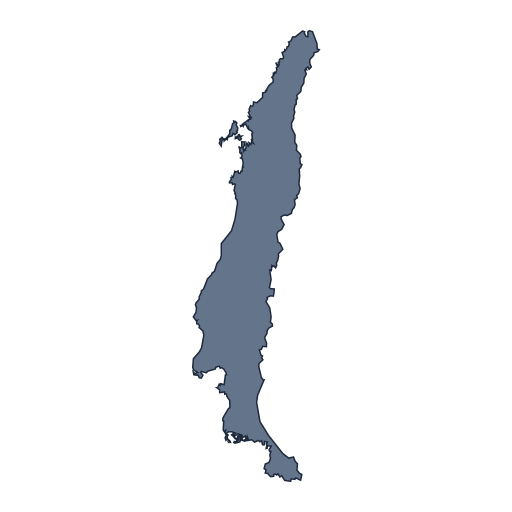 Halmahera Barat, Maluku Utara, Indonesia
{"feature_id": "22746128B52341022582766", "entity_name": "Halmahera Barat", "entity_type": "district", "adm_level": 2, "iso_a3": "IDN", "parent_name": "Indonesia", "parent_adm1": "Maluku Utara", "projection": "natural_earth1", "projection_center": [127.539, 1.359], "detail": "fine", "context": "isolated", "style": "filled", "palette": "slate", "viewbox_px": 512, "rotation_deg": 0, "n_neighbors": 0, "source": "geoboundaries", "source_scale": "gbopen_adm2", "svg_char_len": 6061}
<svg xmlns="http://www.w3.org/2000/svg" viewBox="0 0 512 512"><path d="M293.5,457.0L288.7,458.1L282.7,453.4L268.7,435.7L260.0,421.7L256.6,402.5L257.6,395.2L264.1,379.8L263.0,379.8L261.3,377.3L258.8,366.6L258.9,363.5L262.9,359.8L261.6,357.8L262.5,356.0L260.9,355.1L259.4,349.7L261.3,349.4L262.8,346.3L266.4,346.7L266.6,343.3L264.6,337.7L266.9,333.5L267.3,330.3L269.1,327.8L272.5,326.1L272.3,324.0L270.4,322.0L271.1,317.0L269.8,308.1L265.9,301.3L267.5,299.1L267.1,297.5L270.1,295.9L273.4,296.1L274.2,290.8L274.2,288.9L270.7,288.8L269.4,287.6L271.1,279.6L269.7,270.0L271.3,270.6L271.9,265.5L273.0,266.5L273.9,265.8L275.6,267.8L276.7,265.3L276.3,262.6L277.5,261.0L278.6,256.1L278.3,253.9L282.8,249.3L280.0,243.3L278.0,242.0L276.8,234.4L278.0,231.6L281.7,229.4L284.1,224.6L281.2,219.2L281.0,216.8L284.3,215.0L287.2,215.5L291.4,213.4L292.4,209.4L294.1,207.6L295.1,204.7L294.5,199.5L297.3,197.9L296.7,195.5L298.6,193.7L300.1,188.6L298.9,183.9L299.7,176.0L299.2,168.8L300.6,167.7L301.9,164.5L300.3,163.7L299.8,158.1L301.0,156.6L300.4,154.4L296.4,150.2L296.8,145.3L294.7,142.2L295.1,135.1L291.7,128.1L291.5,123.1L293.9,118.4L293.5,116.3L294.8,112.1L294.0,109.3L295.1,105.0L296.2,104.3L296.2,99.6L297.5,98.8L296.7,95.4L300.8,91.5L301.3,87.3L303.8,83.0L304.1,78.2L306.3,74.0L304.8,70.0L306.7,69.8L305.8,68.5L308.0,67.0L309.1,69.3L311.3,67.0L309.8,63.4L309.8,59.6L313.6,55.4L314.1,52.8L317.9,51.5L319.3,49.7L317.3,49.0L316.9,43.5L312.5,31.7L309.3,30.7L307.8,31.9L308.0,36.6L306.2,36.5L304.2,33.1L304.7,31.8L302.6,31.0L295.2,36.9L292.7,36.9L290.8,41.0L288.5,42.1L289.3,43.9L288.4,46.5L287.1,46.8L286.7,48.7L285.2,50.7L284.7,50.1L284.6,51.3L282.1,52.5L283.6,57.3L282.8,58.9L280.5,58.6L279.3,59.9L279.6,61.7L278.2,62.3L279.3,64.1L278.6,65.8L275.7,62.6L277.6,66.8L276.3,67.8L276.8,69.5L275.8,72.9L274.7,72.3L274.1,74.3L273.4,73.4L273.1,76.0L271.8,77.3L273.0,78.5L273.2,82.0L269.3,85.1L266.9,89.0L266.8,90.6L265.6,90.5L265.5,92.1L262.6,92.9L262.6,97.4L256.9,102.7L253.5,102.0L253.2,105.4L251.5,106.3L250.6,105.7L249.1,109.3L249.6,111.4L248.4,112.3L250.5,117.1L248.5,116.5L249.6,118.3L251.1,117.7L250.6,119.2L248.3,119.7L248.3,121.0L247.4,120.6L242.2,124.4L243.2,126.2L243.5,125.1L245.9,124.2L247.3,127.2L248.0,126.7L247.8,128.2L248.8,128.3L248.5,129.4L251.6,130.9L252.5,132.8L253.2,132.3L251.8,134.0L252.3,138.5L251.5,139.6L252.5,140.0L251.7,140.8L253.3,143.2L251.5,142.3L251.0,144.3L249.0,142.7L249.3,145.1L248.3,146.2L246.9,143.0L245.9,145.2L246.2,147.6L245.0,148.9L245.5,150.1L244.6,149.9L243.8,151.3L242.9,147.6L243.9,146.7L245.1,142.0L241.7,141.8L241.8,147.2L240.1,148.6L239.5,147.0L239.0,147.1L240.0,150.3L239.7,152.2L240.5,153.5L241.5,152.6L241.8,153.3L242.0,156.8L240.6,157.9L242.5,159.1L243.2,163.4L242.6,166.5L243.3,167.0L242.4,167.5L242.0,171.2L241.1,171.0L240.1,173.3L238.6,173.3L238.1,170.9L235.7,172.1L234.9,171.3L233.2,177.1L232.2,176.3L232.3,177.4L231.1,177.5L231.3,179.5L229.4,181.8L229.5,182.9L232.2,182.8L232.5,184.5L234.6,183.8L235.3,184.6L234.0,190.5L235.4,193.0L234.8,193.5L235.8,195.7L235.5,198.4L237.1,200.1L237.5,203.3L235.0,219.2L231.5,230.7L221.3,243.6L221.3,255.4L220.3,259.3L216.9,263.6L214.5,271.4L212.2,272.8L211.2,275.2L207.5,278.8L203.6,288.9L201.2,291.1L201.3,292.6L199.2,296.7L199.2,299.2L196.1,302.8L195.4,304.7L196.5,307.8L196.0,312.3L193.3,316.9L196.1,320.6L197.4,320.2L196.6,321.4L196.8,323.9L198.4,324.1L199.5,325.9L199.1,327.5L203.0,331.1L203.8,335.5L201.5,348.0L199.3,351.9L193.4,358.7L192.7,367.5L193.8,370.0L197.7,372.5L194.9,373.7L193.3,371.9L193.9,374.8L198.2,375.4L199.2,377.7L201.4,378.1L202.9,375.2L200.7,372.4L201.4,371.4L206.1,372.8L208.0,371.1L215.4,369.0L215.7,367.3L219.2,366.1L220.2,368.2L221.5,367.6L223.8,369.1L226.1,372.9L226.5,374.8L225.4,375.0L224.1,384.7L220.6,383.6L220.3,385.2L219.2,384.2L217.7,387.8L217.0,387.8L219.6,389.7L219.7,392.7L224.5,391.9L224.7,394.1L225.4,393.7L226.3,393.9L226.9,396.4L229.7,400.5L229.9,407.7L228.4,408.6L222.9,418.0L222.8,420.8L223.7,421.1L223.2,430.0L224.1,431.4L225.6,430.4L224.9,432.7L226.5,433.4L228.1,431.9L231.9,431.8L235.4,433.1L233.6,434.1L234.3,436.1L238.0,433.8L240.8,434.7L237.9,435.9L238.9,437.4L237.8,437.3L238.2,438.3L235.8,438.3L236.4,439.7L237.3,438.7L237.6,440.2L238.0,439.2L238.6,439.8L235.9,441.7L234.2,441.5L233.8,442.5L234.8,443.2L239.9,441.9L240.6,439.4L239.9,437.1L241.6,434.8L241.3,436.6L242.2,436.1L242.5,437.6L245.3,436.1L246.0,439.2L244.0,440.3L244.4,441.2L246.4,440.7L247.2,436.5L248.2,439.2L247.3,439.0L247.4,440.5L251.7,439.8L254.6,442.2L258.2,440.4L259.8,441.8L261.5,440.8L262.6,444.8L264.2,444.8L264.5,441.4L267.5,442.1L266.2,444.0L266.9,444.7L266.1,448.5L267.3,448.1L267.0,446.8L268.1,445.8L271.2,446.1L269.1,449.9L269.7,451.4L270.9,451.5L269.8,455.0L270.5,458.5L269.0,462.4L265.3,464.0L264.1,468.6L266.1,470.1L265.2,473.0L267.5,473.4L270.6,476.7L273.7,476.3L273.7,474.6L274.8,473.9L276.6,475.0L277.9,473.9L279.9,477.0L281.7,475.7L284.7,480.4L290.6,481.3L291.2,478.9L294.9,479.3L295.9,478.0L300.6,480.2L301.8,474.4L299.6,473.4L296.9,470.1L297.5,463.8L295.2,461.4L293.5,457.0ZM234.6,122.2L233.4,120.3L234.0,122.6L232.6,123.7L231.1,129.5L229.8,130.2L229.6,134.0L226.1,138.4L224.5,138.9L224.3,140.8L226.0,139.0L227.2,139.7L227.8,137.2L232.2,135.8L233.1,133.3L234.9,134.7L237.2,132.7L236.6,131.3L237.4,130.8L237.8,128.1L236.1,124.6L236.9,123.0L235.5,121.5L234.6,122.2ZM224.0,139.4L222.2,137.5L222.0,138.8L221.2,138.1L219.7,139.3L220.2,141.1L219.3,143.2L221.2,146.0L222.0,140.4L224.0,139.4ZM239.3,134.6L238.2,135.1L238.3,136.7L237.0,136.4L236.2,137.8L235.4,137.0L235.3,138.7L237.4,137.9L239.4,140.2L240.6,139.9L241.4,138.8L240.2,137.3L241.7,136.1L239.9,136.3L239.3,134.6ZM228.1,435.0L225.5,433.5L226.3,435.3L225.1,437.9L226.0,440.3L227.3,438.7L227.1,436.7L228.1,435.0ZM241.2,437.6L240.3,437.7L241.1,440.2L243.3,440.6L241.2,437.6ZM233.7,435.6L233.0,433.8L231.5,434.9L233.1,436.2L233.7,435.6ZM228.9,442.4L230.5,442.4L229.8,440.9L228.9,442.4ZM228.1,440.8L228.9,440.4L228.2,439.5L228.1,440.8ZM242.0,125.9L240.5,125.6L240.8,126.5L242.0,125.9ZM234.6,438.1L234.7,436.8L234.2,436.4L234.0,437.5L234.6,438.1Z" fill="#64748b" stroke="#1e293b" stroke-width="1.5"/></svg>